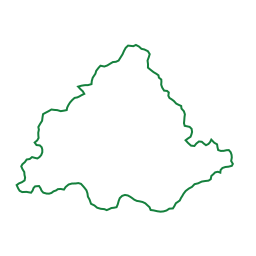 the district of Braúnas, Minas Gerais, Brazil, rotated 274°
{"feature_id": "56859067B77777041722950", "entity_name": "Braúnas", "entity_type": "district", "adm_level": 2, "iso_a3": "BRA", "parent_name": "Brazil", "parent_adm1": "Minas Gerais", "projection": "orthographic", "projection_center": [-42.719, -19.032], "detail": "fine", "context": "isolated", "style": "outline", "palette": "green", "viewbox_px": 256, "rotation_deg": 274, "n_neighbors": 0, "source": "geoboundaries", "source_scale": "gbopen_adm2", "svg_char_len": 2811}
<svg xmlns="http://www.w3.org/2000/svg" viewBox="0 0 256 256"><g transform="rotate(274 128 128)"><path d="M188.2,96.2L186.1,94.5L182.8,92.3L179.9,91.7L177.8,90.5L175.7,89.3L172.5,88.6L169.2,88.5L168.0,85.1L167.7,81.8L167.0,78.8L165.8,75.4L163.4,77.9L161.4,80.4L159.0,82.0L157.4,79.2L156.1,77.3L155.0,75.3L154.3,72.6L152.0,70.4L149.4,68.4L146.8,67.0L144.1,65.9L141.6,65.6L140.9,63.1L140.1,59.7L140.9,56.2L140.9,53.3L141.1,50.3L139.3,47.7L137.4,44.6L135.9,42.3L132.8,42.0L129.2,41.8L125.9,40.0L122.7,38.5L120.1,39.2L117.1,38.8L114.1,39.1L111.8,39.5L109.3,38.3L107.0,35.9L104.6,37.9L104.5,41.2L102.8,43.2L100.6,44.0L97.8,44.2L94.9,43.3L92.8,41.7L91.3,39.7L91.7,37.2L92.3,34.3L90.2,32.1L89.5,29.1L86.8,27.5L84.5,25.2L82.3,24.2L79.6,25.6L76.8,27.6L74.0,28.0L71.4,28.8L68.5,28.5L66.5,25.9L65.2,23.2L63.3,20.9L60.0,22.7L57.8,24.3L56.7,26.9L57.2,31.1L56.7,35.8L58.9,37.2L61.6,38.0L63.3,39.4L63.9,43.3L61.7,45.0L59.5,46.1L57.6,48.0L56.9,51.4L57.0,53.9L57.9,56.2L59.6,58.1L60.7,60.6L62.1,62.3L62.5,65.1L62.1,68.4L64.8,69.9L67.5,72.7L68.7,76.0L69.0,79.6L69.6,82.3L69.0,85.0L67.2,86.9L65.5,88.6L62.9,90.9L60.0,92.1L56.7,92.8L54.0,94.6L49.8,96.4L48.4,99.9L46.3,102.8L45.5,106.5L45.4,110.1L44.6,112.5L45.7,114.7L47.0,117.0L47.5,119.6L48.2,122.1L51.1,123.1L54.6,123.8L57.5,124.7L59.9,126.9L61.0,129.6L60.7,132.5L59.5,135.1L58.4,137.0L56.9,139.3L55.9,141.9L55.7,144.4L55.2,147.7L54.1,150.5L52.4,152.6L50.5,155.0L47.8,156.3L47.6,159.2L47.0,163.1L46.8,166.3L47.3,169.3L48.4,172.2L50.4,174.8L50.9,178.4L53.3,179.7L56.3,181.0L57.8,182.9L59.3,184.7L61.8,185.7L64.2,187.0L66.3,188.0L69.2,189.9L71.9,193.0L73.7,195.9L76.6,198.3L77.7,201.8L79.7,205.3L80.5,208.7L81.1,212.0L82.7,214.1L86.0,214.5L87.9,216.4L89.8,218.0L90.6,220.7L89.9,223.2L92.5,223.3L94.7,225.0L95.9,227.9L96.4,230.9L97.5,234.2L99.5,235.1L102.3,233.2L105.7,233.6L108.4,233.2L111.0,232.1L113.0,230.1L112.7,227.8L111.9,225.1L111.6,222.2L112.3,219.5L115.1,218.6L117.9,218.0L119.3,215.1L122.2,211.9L119.7,210.9L117.7,209.4L116.3,207.0L117.7,204.8L119.4,202.6L119.5,199.7L117.2,197.2L114.7,195.5L114.8,192.1L117.4,188.8L119.8,186.3L121.8,188.6L123.6,191.0L125.9,191.7L128.5,192.2L131.6,191.5L133.4,189.4L133.8,186.8L134.1,184.4L136.7,183.5L139.7,183.6L142.8,183.6L145.6,183.8L148.6,182.6L151.1,180.0L153.7,179.5L154.6,177.0L155.7,174.4L158.2,171.8L159.8,169.3L160.8,167.3L163.0,166.0L166.3,166.2L167.7,164.4L167.8,161.4L170.7,159.3L173.5,158.1L176.5,158.1L178.7,157.8L180.4,155.3L182.7,154.7L184.1,152.4L185.5,149.6L187.8,146.2L189.6,143.7L193.1,143.5L196.6,142.8L200.1,143.8L203.2,144.5L206.0,142.5L207.5,138.8L207.9,135.9L210.0,133.3L211.4,130.1L210.0,127.6L210.1,125.1L210.2,122.3L207.8,120.1L204.5,118.6L201.1,117.4L197.2,115.3L194.6,113.9L193.2,111.3L192.7,108.3L190.9,105.7L188.9,102.9L187.7,100.1L188.2,96.2Z" fill="none" stroke="#15803d" stroke-width="2"/></g></svg>